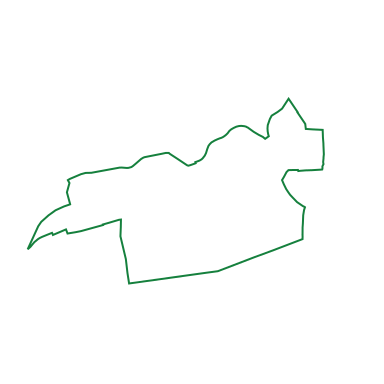 the district of Mina Al-Basal, Al Iskandariyah, Egypt, rotated 28°
{"feature_id": "37247803B6072823038125", "entity_name": "Mina Al-Basal", "entity_type": "district", "adm_level": 2, "iso_a3": "EGY", "parent_name": "Egypt", "parent_adm1": "Al Iskandariyah", "projection": "mercator", "projection_center": [29.876, 31.167], "detail": "fine", "context": "isolated", "style": "outline", "palette": "green", "viewbox_px": 384, "rotation_deg": 28, "n_neighbors": 0, "source": "geoboundaries", "source_scale": "gbopen_adm2", "svg_char_len": 2432}
<svg xmlns="http://www.w3.org/2000/svg" viewBox="0 0 384 384"><g transform="rotate(28 192 192)"><path d="M233.5,64.3L232.4,76.1L230.0,81.2L226.5,87.2L226.5,91.0L227.5,97.4L228.8,100.4L230.4,103.0L232.3,105.4L233.6,106.7L232.8,108.4L231.6,110.7L228.7,110.1L224.1,110.2L218.2,109.9L211.0,108.9L209.8,109.0L209.6,109.0L209.4,108.9L208.7,109.0L207.4,109.3L204.4,110.5L202.5,111.7L200.5,113.5L198.7,115.9L197.2,118.3L196.3,120.6L195.9,123.4L195.2,125.6L194.4,127.4L193.4,129.2L192.4,130.5L191.3,131.6L189.7,133.5L187.8,136.0L186.6,138.0L186.2,138.6L185.9,139.1L185.2,141.5L184.9,143.6L185.3,146.9L186.1,151.0L186.2,153.9L185.6,157.3L185.1,158.7L183.9,160.7L181.9,163.0L180.9,164.0L181.3,164.5L181.7,164.9L180.4,166.4L177.9,169.1L176.4,170.5L175.1,170.7L164.2,169.6L154.2,168.7L153.2,168.4L150.4,169.9L147.3,172.5L138.2,179.9L133.8,183.5L132.9,184.5L131.6,186.7L129.1,193.2L127.7,196.7L126.8,198.4L124.6,200.5L123.1,201.4L118.5,203.4L116.7,204.4L94.1,222.3L89.1,225.1L85.6,228.4L78.0,237.8L76.9,239.6L76.8,239.8L78.5,240.9L79.6,241.6L80.2,244.3L81.7,251.0L84.6,254.1L89.5,259.3L89.8,259.6L90.2,260.1L85.8,264.8L83.7,267.5L80.1,272.2L76.3,279.9L72.9,289.1L72.3,294.4L73.6,316.4L73.8,319.7L75.1,316.3L75.7,313.2L76.4,310.1L77.1,308.5L78.0,306.2L79.1,304.2L80.7,302.0L84.2,297.8L87.6,293.8L88.9,294.7L89.1,294.9L89.4,295.2L97.4,285.3L97.8,284.8L98.3,284.2L101.6,287.1L108.0,282.2L112.3,278.7L129.0,262.9L128.8,262.7L128.6,262.5L133.3,258.0L134.7,256.6L140.6,250.8L142.2,249.7L145.7,256.6L149.6,264.7L165.1,282.3L173.1,293.9L179.4,302.3L225.1,269.2L242.5,256.6L252.0,249.8L277.6,220.4L291.9,204.4L292.2,204.1L292.5,203.7L311.7,181.7L310.6,179.5L309.8,178.1L309.7,178.0L309.7,177.9L306.3,171.4L304.7,167.8L301.1,160.3L299.4,155.3L298.9,152.4L298.6,152.3L298.3,152.3L296.7,152.4L289.5,151.6L283.7,149.7L279.9,148.4L277.3,147.1L273.8,145.2L269.5,142.1L265.9,139.2L266.0,137.7L266.1,135.3L266.1,130.0L266.8,127.8L266.8,127.6L266.9,127.4L270.8,125.2L275.2,122.8L275.6,123.2L275.7,123.3L276.0,123.6L277.7,122.4L282.1,119.6L284.4,118.3L287.5,116.5L287.7,116.4L295.7,111.5L296.4,111.0L296.1,109.9L295.1,108.1L295.0,105.6L294.2,104.7L294.0,104.3L293.7,103.9L292.8,101.7L292.4,100.7L292.1,100.1L291.8,99.5L290.7,96.8L286.1,89.0L285.2,87.4L281.9,82.2L280.3,79.4L278.2,75.8L269.3,80.0L263.3,82.7L263.1,82.8L262.9,82.9L261.1,80.3L260.1,78.8L259.8,78.7L259.6,78.5L247.7,72.2L247.8,71.9L233.5,64.3Z" fill="none" stroke="#15803d" stroke-width="2"/></g></svg>